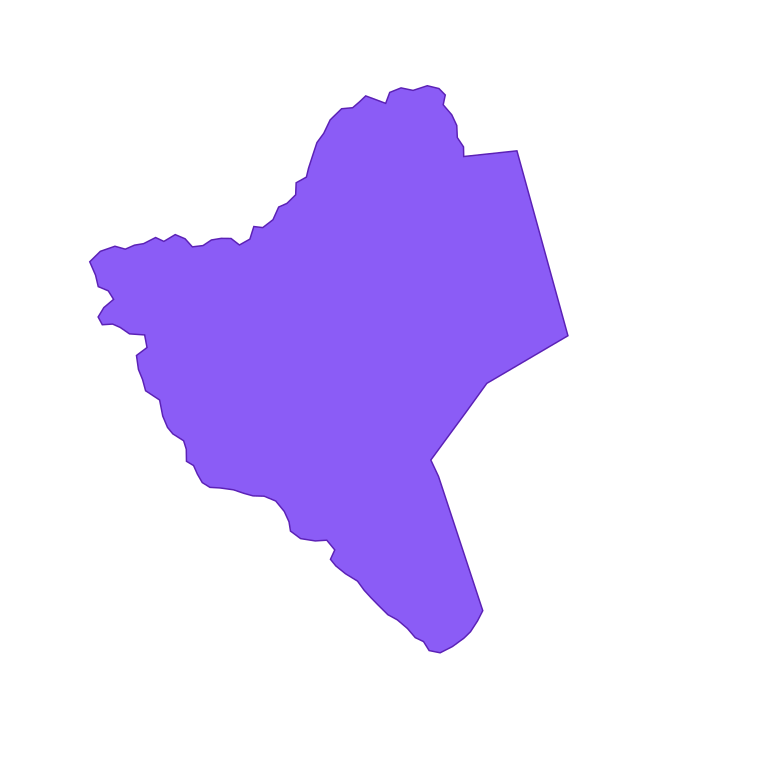 the district of Igaracy, Paraíba, Brazil, rotated 243°
{"feature_id": "56859067B32358496936618", "entity_name": "Igaracy", "entity_type": "district", "adm_level": 2, "iso_a3": "BRA", "parent_name": "Brazil", "parent_adm1": "Paraíba", "projection": "mercator", "projection_center": [-38.117, -7.159], "detail": "fine", "context": "isolated", "style": "filled", "palette": "violet", "viewbox_px": 768, "rotation_deg": 243, "n_neighbors": 0, "source": "geoboundaries", "source_scale": "gbopen_adm2", "svg_char_len": 1551}
<svg xmlns="http://www.w3.org/2000/svg" viewBox="0 0 768 768"><g transform="rotate(243 384 384)"><path d="M276.8,390.6L295.0,391.2L310.5,422.0L321.9,444.7L337.9,475.9L343.5,569.8L413.8,584.2L531.4,608.3L550.5,558.3L559.2,562.5L570.3,561.2L581.3,566.2L593.1,566.6L605.9,563.5L613.7,569.8L622.3,567.1L630.1,558.0L632.4,543.2L640.1,533.6L641.2,521.5L633.3,512.9L649.0,498.5L646.5,490.1L644.4,481.5L648.5,471.2L643.8,456.0L634.7,444.1L629.6,433.9L621.4,425.6L610.5,414.7L603.6,408.8L603.2,397.1L592.7,391.2L589.0,379.5L589.5,370.5L580.8,359.7L578.4,347.0L583.4,339.5L574.0,330.3L573.5,318.3L583.1,313.8L587.7,305.0L590.7,295.6L589.5,285.6L593.2,275.5L603.7,272.7L611.9,265.8L611.0,252.6L618.2,247.0L618.2,233.5L621.0,224.7L621.6,214.7L628.9,206.8L631.0,191.5L626.5,177.3L611.9,176.4L600.5,173.6L592.2,180.6L582.2,181.5L579.3,169.1L573.5,159.7L564.7,159.9L560.6,169.4L554.2,174.6L544.2,180.0L536.4,193.0L524.1,189.4L521.8,176.4L508.4,171.8L497.6,170.9L486.2,168.5L471.6,176.8L455.9,172.3L443.6,171.4L435.4,173.2L424.4,179.7L415.6,178.2L404.8,172.9L397.8,177.3L388.4,176.8L378.7,177.3L370.9,182.0L365.9,190.6L358.1,201.8L350.2,209.5L343.8,216.5L338.5,226.2L328.9,234.4L315.7,237.3L304.3,236.8L295.4,233.9L284.1,239.5L275.4,251.5L270.8,262.1L258.5,264.8L252.1,256.7L243.7,258.5L232.5,263.5L220.4,270.9L209.1,272.7L199.4,275.4L190.4,278.2L176.7,282.7L167.8,288.8L155.5,293.9L143.8,296.7L136.5,302.3L126.0,303.2L119.0,312.0L119.0,325.8L121.3,340.0L124.0,348.6L130.4,359.7L137.2,369.1L276.8,390.6Z" fill="#8b5cf6" stroke="#5b21b6" stroke-width="1.5"/></g></svg>